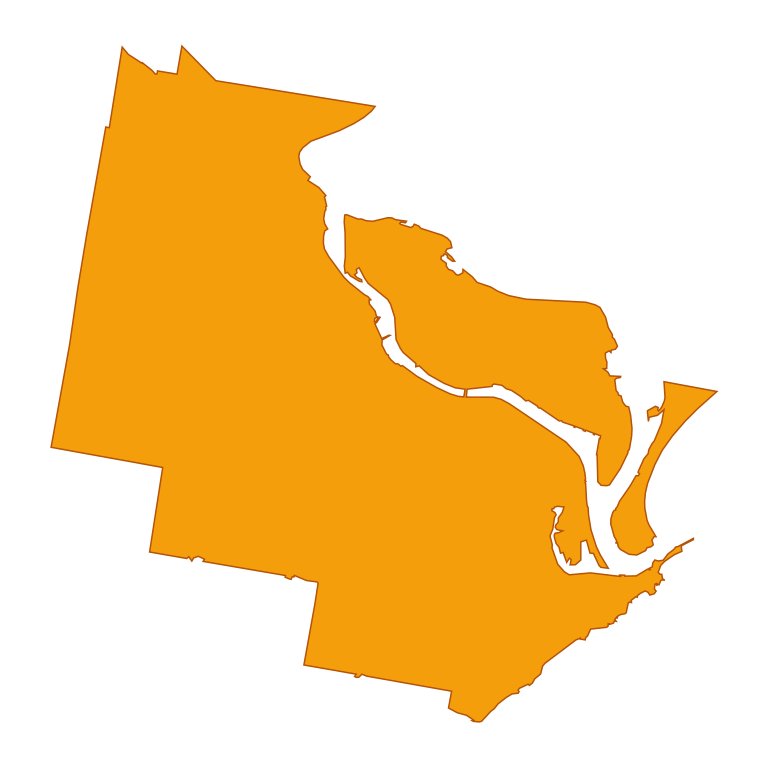 outline of Newcastle, New South Wales, Australia
{"feature_id": "25037944B69528063359333", "entity_name": "Newcastle", "entity_type": "district", "adm_level": 2, "iso_a3": "AUS", "parent_name": "Australia", "parent_adm1": "New South Wales", "projection": "albers", "projection_center": [151.75, -32.876], "detail": "fine", "context": "isolated", "style": "filled", "palette": "amber", "viewbox_px": 768, "rotation_deg": 0, "n_neighbors": 0, "source": "geoboundaries", "source_scale": "gbopen_adm2", "svg_char_len": 6105}
<svg xmlns="http://www.w3.org/2000/svg" viewBox="0 0 768 768"><path d="M69.7,344.1L51.1,447.3L162.7,467.5L149.6,552.0L186.8,558.5L188.8,556.7L191.8,561.1L193.7,557.9L198.3,556.3L204.5,559.2L203.1,561.4L285.4,575.5L285.1,577.2L289.8,579.1L291.2,579.3L292.3,576.6L294.0,576.9L294.3,575.4L306.5,580.5L316.8,581.9L318.1,583.1L315.0,603.4L303.9,665.0L356.3,674.2L354.6,676.5L356.3,677.4L358.8,677.2L362.0,674.2L366.5,676.1L451.6,691.2L448.5,708.0L457.2,712.7L466.5,715.3L473.6,720.1L472.0,720.6L473.5,721.4L479.3,721.9L481.6,721.3L490.6,711.5L494.3,708.6L498.0,703.9L506.3,697.4L512.1,693.9L518.1,693.2L519.1,691.7L518.1,690.0L519.4,688.3L528.2,684.2L529.3,685.4L532.4,683.1L534.7,678.9L540.6,674.0L542.6,666.2L544.8,663.4L575.8,640.0L580.1,638.2L580.0,639.0L585.2,639.9L585.6,637.7L587.5,636.0L590.6,629.1L606.7,627.3L608.1,626.1L608.2,623.8L608.9,624.1L609.0,623.2L609.4,624.3L611.0,624.0L613.6,623.0L614.3,621.0L616.2,621.3L614.8,619.5L615.9,617.9L617.1,618.1L617.5,616.9L616.4,617.0L620.4,614.6L625.1,613.7L626.2,612.7L628.1,603.6L629.2,602.1L631.5,602.6L631.2,600.3L635.8,596.8L637.3,597.2L637.5,595.6L640.3,593.4L645.1,591.0L647.8,592.1L649.9,595.1L654.3,593.7L656.1,591.1L654.4,588.8L655.0,584.2L655.8,583.9L656.9,585.3L657.5,585.0L657.1,583.8L659.1,584.7L660.8,580.5L662.5,579.8L664.8,580.4L662.5,578.6L661.8,574.3L660.0,574.2L658.2,572.4L660.7,565.4L664.6,561.4L674.1,554.8L681.9,551.3L681.2,545.9L693.4,539.6L693.4,538.4L678.1,546.5L675.6,547.1L673.9,549.4L667.9,554.0L663.2,560.2L658.2,561.0L654.8,560.0L652.8,562.9L652.2,566.9L649.4,568.3L650.2,569.7L649.1,569.8L648.8,568.7L647.5,569.2L636.3,575.9L624.8,576.1L624.8,575.2L619.8,575.0L618.8,575.4L620.6,575.5L620.7,576.4L618.2,576.2L590.5,572.9L569.3,574.8L564.3,571.8L557.7,564.2L552.1,548.2L552.2,544.4L550.0,535.9L552.7,529.4L554.5,517.8L556.1,514.8L554.9,512.5L551.8,510.6L552.1,508.7L553.6,508.8L554.6,507.1L557.6,506.3L564.0,507.0L562.2,512.6L558.4,517.8L558.2,522.2L555.8,525.0L555.2,527.1L556.9,529.6L562.7,530.9L558.6,532.7L555.2,533.1L554.2,534.9L554.4,537.5L556.2,543.6L559.0,547.1L560.5,553.2L563.1,552.4L566.7,562.4L569.4,558.2L571.2,559.6L570.1,564.9L575.5,564.7L580.8,560.0L580.8,541.8L586.4,540.1L590.0,553.1L593.4,553.4L599.1,565.6L600.8,567.3L608.3,568.3L600.1,554.6L596.4,546.8L591.0,529.9L588.5,514.6L588.1,507.4L587.2,505.9L586.6,501.3L585.6,483.5L585.0,482.7L586.0,481.3L584.8,480.3L585.6,479.0L584.8,472.8L583.3,465.9L579.1,456.4L566.0,442.1L509.7,404.0L501.3,399.4L493.6,397.2L466.3,397.1L467.1,389.2L492.1,386.4L492.5,384.8L494.0,384.0L501.9,385.3L506.2,388.7L511.5,390.4L520.7,396.5L525.7,400.9L528.5,400.4L537.1,405.9L538.5,407.9L540.6,408.2L559.1,420.9L561.6,420.7L562.6,422.1L574.2,426.0L573.9,427.0L574.9,427.4L575.3,426.4L583.6,429.5L583.2,430.5L585.2,431.3L585.6,430.2L593.8,433.3L593.4,434.4L594.4,434.8L594.8,433.7L600.6,435.8L600.1,438.7L599.3,438.5L596.5,454.7L597.1,454.8L597.8,481.7L601.1,485.3L606.7,485.7L609.5,484.9L620.4,468.5L627.8,453.2L628.0,451.0L629.3,449.6L631.6,436.4L632.0,428.4L630.6,415.2L628.7,406.9L625.8,406.1L624.1,404.0L622.7,402.0L621.0,395.9L618.4,394.9L617.9,392.6L616.1,390.6L614.8,379.7L616.5,378.2L620.3,377.5L620.7,376.4L609.8,375.9L608.0,372.3L603.4,368.7L606.7,368.5L606.9,362.0L605.6,358.6L605.3,353.2L609.0,350.9L611.0,352.5L611.2,350.2L615.4,349.2L617.5,346.3L614.4,339.1L612.4,337.4L612.4,334.7L608.2,327.4L605.6,317.3L600.0,307.5L595.1,304.8L585.8,302.2L526.0,299.2L508.7,295.6L497.9,291.3L490.9,287.1L477.1,282.4L472.2,276.7L463.0,269.4L462.8,272.8L458.5,275.2L456.4,274.7L452.6,270.7L448.5,269.4L446.3,266.0L446.3,263.3L441.0,259.4L441.3,256.2L443.6,255.6L444.0,254.0L445.4,254.1L447.4,255.6L447.3,257.1L448.2,258.2L452.4,261.2L454.7,261.2L451.7,257.0L445.5,251.6L447.0,249.0L451.9,247.7L450.5,241.6L447.5,238.3L442.2,235.2L420.9,228.4L418.7,226.0L414.3,224.2L412.9,226.5L410.7,227.5L400.7,224.4L399.6,223.5L400.7,222.1L405.5,222.8L406.5,221.2L395.6,219.7L391.9,217.9L387.9,217.7L372.7,221.3L366.0,220.7L361.5,219.0L358.0,219.1L346.7,214.7L344.7,215.0L344.2,222.1L345.1,232.9L345.3,256.8L344.3,266.2L345.2,273.2L347.5,272.3L350.4,275.9L359.2,281.2L361.9,281.8L361.6,279.8L356.9,277.4L354.5,274.8L357.0,272.8L356.3,269.4L359.1,267.7L364.5,278.0L368.2,283.4L387.8,299.5L390.6,304.3L394.7,317.2L396.1,339.6L400.3,348.3L403.2,352.5L415.9,363.5L415.8,366.8L419.2,365.8L428.6,374.6L444.2,383.4L455.2,387.8L465.1,389.2L463.8,396.9L458.0,396.3L450.2,393.9L436.3,387.4L417.1,376.4L402.4,365.6L400.7,366.2L398.3,364.0L395.1,363.6L391.0,359.9L388.8,357.1L388.2,354.9L386.6,354.3L381.9,345.0L382.1,340.0L390.0,335.4L389.0,335.2L381.7,338.6L374.9,323.8L376.7,322.4L380.4,316.8L377.7,318.4L376.1,321.6L374.5,321.8L374.7,318.6L377.5,316.8L376.5,316.5L375.2,311.3L369.4,304.0L369.0,300.2L370.8,299.8L367.9,296.6L364.0,294.4L349.5,282.8L343.9,277.2L328.8,256.7L324.5,249.1L323.4,243.2L323.6,236.0L324.8,230.8L327.7,229.0L324.8,224.0L323.7,219.0L324.8,211.4L325.9,209.8L325.7,207.0L326.7,206.1L324.5,197.0L325.9,195.6L318.9,187.6L307.9,180.5L310.3,176.8L302.7,169.5L300.1,164.1L298.8,156.4L299.6,152.2L302.9,147.6L310.9,141.2L339.4,130.6L353.8,123.6L364.1,117.2L371.4,111.1L375.1,106.4L215.8,80.7L181.9,46.1L177.0,74.2L157.5,70.9L157.0,74.0L155.2,74.0L152.1,70.5L142.3,62.7L142.0,63.3L128.4,54.5L122.2,47.1L109.3,127.7L105.8,127.0L86.7,234.5L77.9,287.5L69.7,344.1ZM664.0,381.7L665.0,397.2L664.4,400.8L661.8,407.0L658.6,410.9L657.6,409.7L658.2,407.5L655.5,406.3L647.6,410.6L647.4,411.5L648.4,421.4L649.2,417.3L657.5,415.3L664.0,409.7L661.5,423.5L654.3,440.9L652.1,443.5L648.9,449.5L648.1,453.7L643.9,458.8L638.2,471.6L638.1,472.6L639.6,473.7L638.3,475.8L636.1,475.6L630.1,486.0L619.5,501.3L617.3,506.6L615.6,508.8L615.7,510.0L614.1,510.5L612.8,512.4L610.9,518.9L610.8,524.2L614.2,536.4L616.3,540.1L616.5,541.9L615.6,543.4L617.3,542.4L618.3,546.8L620.3,549.4L629.0,554.3L636.8,555.0L645.6,550.6L647.0,547.7L650.7,546.9L652.9,545.3L653.2,544.5L651.9,540.0L654.1,536.6L656.0,536.7L649.0,525.0L647.1,520.4L644.8,508.1L644.6,501.3L645.4,492.8L647.6,483.3L654.9,464.5L662.2,450.3L672.6,435.7L685.4,420.9L697.7,408.6L716.9,391.5L664.0,381.7Z" fill="#f59e0b" stroke="#b45309" stroke-width="1.5"/></svg>